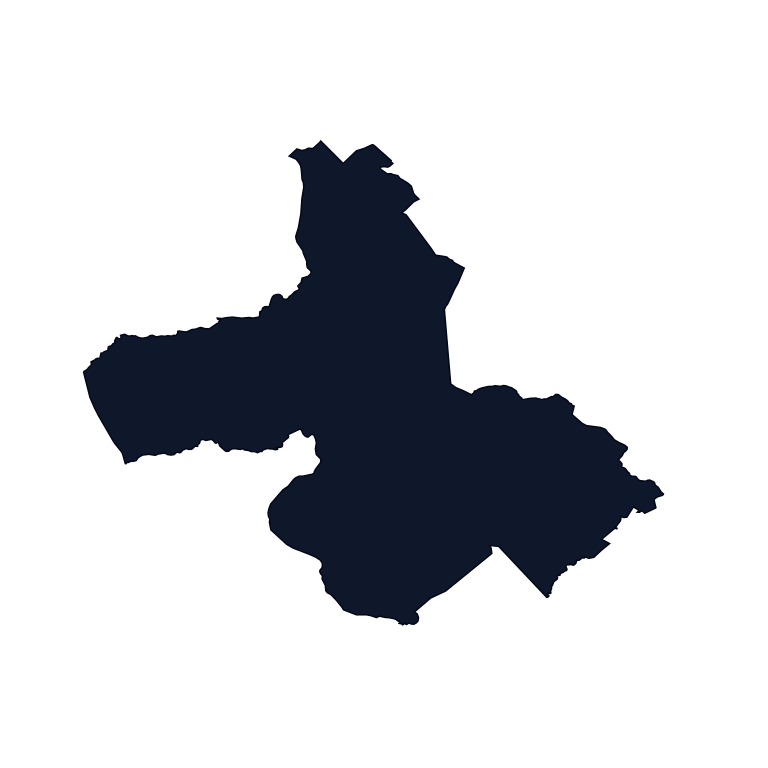 the district of Saldaña, Tolima, Colombia, rotated 282°
{"feature_id": "7082276B58225097542438", "entity_name": "Saldaña", "entity_type": "district", "adm_level": 2, "iso_a3": "COL", "parent_name": "Colombia", "parent_adm1": "Tolima", "projection": "equal_earth", "projection_center": [-75.023, 3.912], "detail": "fine", "context": "isolated", "style": "filled", "palette": "ink", "viewbox_px": 768, "rotation_deg": 282, "n_neighbors": 0, "source": "geoboundaries", "source_scale": "gbopen_adm2", "svg_char_len": 6160}
<svg xmlns="http://www.w3.org/2000/svg" viewBox="0 0 768 768"><g transform="rotate(282 384 384)"><path d="M587.2,243.9L585.6,251.4L583.0,254.5L580.1,257.1L576.3,258.6L566.9,261.4L564.1,263.3L559.9,264.6L548.1,265.2L533.2,267.3L519.0,267.8L510.4,267.0L508.6,267.4L504.8,269.4L497.5,276.9L495.0,278.0L488.2,282.8L484.8,283.6L481.9,284.8L479.7,288.4L478.6,289.4L476.9,289.5L473.5,287.4L470.6,281.9L466.0,281.8L462.2,279.4L461.5,279.6L459.8,281.2L458.3,281.0L455.7,277.5L451.7,275.0L449.9,273.2L447.8,272.5L446.4,270.6L446.2,268.1L446.7,267.2L448.6,265.9L449.7,263.8L449.6,261.6L448.9,259.7L447.7,257.8L446.0,256.8L443.5,256.2L435.8,255.6L434.8,251.3L433.1,249.5L430.2,249.3L429.0,247.7L428.5,247.6L424.0,248.2L423.2,247.1L421.2,242.0L421.0,238.2L418.8,231.1L417.9,221.8L416.1,216.0L414.3,211.8L413.8,207.2L413.0,207.6L412.4,209.8L411.1,210.3L410.4,209.5L409.5,209.5L407.9,207.6L401.6,201.6L400.9,197.2L401.2,194.6L401.1,192.5L398.5,188.4L397.3,184.7L394.3,180.7L393.6,179.1L393.2,172.3L392.6,171.3L390.8,171.7L388.1,170.4L387.9,168.0L386.8,166.8L386.2,162.2L385.1,159.8L384.7,156.3L382.8,151.6L383.5,147.3L382.6,145.0L381.2,143.8L380.4,142.7L378.6,138.4L378.4,135.8L378.6,133.6L379.5,130.6L378.8,129.6L379.1,128.1L377.9,124.8L377.8,123.7L378.7,120.0L376.8,116.2L375.0,117.2L373.7,116.9L373.0,115.0L373.9,113.4L373.8,112.5L370.4,111.6L368.4,112.2L366.8,110.3L364.6,109.4L363.7,107.4L363.0,106.7L359.3,106.8L357.4,103.6L355.8,102.4L355.4,100.8L350.1,100.7L349.8,100.4L349.7,98.7L348.7,97.0L347.2,95.9L344.7,92.8L342.1,93.9L338.3,91.4L337.3,91.1L334.9,89.2L334.1,88.0L332.9,87.8L309.9,99.1L300.5,105.8L294.0,111.0L270.6,132.2L263.2,141.2L261.4,142.8L252.5,147.4L252.3,148.1L253.4,148.7L254.1,149.6L254.3,150.8L255.4,151.6L256.5,155.4L257.7,157.6L260.4,158.6L262.7,160.7L264.4,162.9L266.3,168.5L266.7,175.1L268.5,177.6L270.6,183.1L270.7,184.9L270.0,186.8L270.2,190.4L271.3,193.3L274.3,195.5L274.3,198.5L274.7,199.4L277.5,200.9L279.5,203.7L279.8,205.0L279.4,205.9L279.9,208.7L280.7,210.0L283.6,211.9L284.1,212.7L284.1,214.0L284.4,214.7L285.9,214.3L287.5,215.8L290.7,216.0L292.2,218.0L291.8,221.6L293.9,226.4L293.5,228.3L291.2,231.2L291.3,232.4L292.1,232.9L292.4,233.7L292.2,234.4L289.3,236.2L285.7,242.3L285.3,243.7L285.9,245.9L288.5,248.2L289.3,249.9L289.8,252.0L290.1,257.0L291.2,258.9L290.5,261.5L290.8,265.4L290.3,268.2L291.0,271.6L290.5,274.6L292.3,276.9L292.6,278.6L293.9,279.1L294.9,280.3L296.7,283.4L296.9,286.7L297.3,288.2L297.1,291.5L298.0,293.4L298.5,293.5L299.3,292.1L299.8,292.3L300.4,295.4L301.3,297.1L301.9,297.4L303.6,297.4L305.5,296.6L311.6,301.5L312.7,301.7L314.5,300.6L322.0,310.5L322.4,311.3L321.7,312.9L318.4,315.2L316.9,317.2L316.3,318.8L316.2,320.4L316.5,321.0L319.1,323.0L319.7,324.0L319.7,325.9L315.7,328.6L312.3,330.1L306.2,330.4L301.0,332.4L297.5,337.6L295.9,338.2L293.8,338.2L287.0,335.0L284.2,334.1L282.0,334.0L280.8,332.5L277.1,324.1L276.1,320.0L273.8,317.0L271.7,315.4L264.0,311.5L259.4,307.1L243.1,298.1L237.6,297.3L233.8,297.4L230.5,298.5L228.1,300.4L224.9,300.7L217.8,303.7L206.9,322.2L204.6,329.4L201.8,346.9L200.4,353.3L198.5,358.3L196.0,360.8L193.6,361.5L191.1,361.5L189.0,360.3L187.5,360.0L185.4,361.3L183.6,363.6L180.4,364.0L174.8,368.5L169.8,370.0L168.1,371.9L167.0,375.8L162.9,381.9L157.1,389.1L154.7,391.4L152.5,405.1L154.6,414.6L154.7,419.0L154.0,425.2L156.0,428.0L155.9,433.5L156.5,437.8L156.5,442.6L156.2,444.7L155.3,446.3L154.8,448.5L154.2,449.1L153.0,448.5L153.1,451.0L152.3,452.1L152.7,452.9L154.3,453.9L154.3,454.5L153.7,454.9L153.5,456.1L155.6,458.4L154.9,460.2L155.2,463.1L157.1,465.3L159.1,466.5L162.7,466.3L166.1,464.2L167.3,461.1L184.4,474.2L194.3,487.3L240.7,524.7L245.4,523.0L248.1,521.3L249.0,530.0L209.1,587.6L210.0,589.0L211.0,589.4L212.2,587.8L213.0,587.7L213.4,588.4L213.6,590.1L214.3,590.7L216.1,590.0L219.2,590.4L220.9,589.8L221.6,590.5L226.0,591.2L229.0,593.9L230.7,594.0L231.3,592.9L231.9,592.7L233.8,596.0L235.2,595.8L237.1,598.4L238.6,599.6L239.5,601.3L240.9,601.5L243.2,599.9L244.6,599.9L245.1,600.3L245.7,603.0L246.4,604.3L246.1,606.4L246.5,607.5L248.4,608.9L251.6,609.2L252.3,611.6L255.4,614.2L255.3,615.9L256.5,616.6L256.2,620.9L258.2,625.4L266.6,631.2L274.8,637.8L277.3,629.1L291.0,639.8L290.7,641.7L291.3,642.0L291.8,640.2L299.4,643.7L303.8,643.5L303.2,646.1L304.2,649.2L315.6,653.5L313.8,658.9L312.4,659.3L311.3,658.5L311.6,660.5L313.7,662.9L311.8,665.9L319.1,675.4L319.5,675.7L326.4,672.4L327.8,672.5L330.5,675.0L332.9,679.3L333.8,680.1L334.6,680.2L335.8,677.8L340.1,673.5L341.6,670.0L342.8,669.8L344.3,668.3L345.3,663.9L344.7,662.0L343.3,660.1L342.7,654.8L343.0,653.4L344.5,651.1L345.5,650.3L345.9,649.1L345.4,646.4L345.6,643.9L347.9,642.3L348.7,640.6L351.1,638.1L351.8,636.6L352.0,634.3L353.0,633.6L355.3,633.5L357.2,631.3L358.0,629.1L360.3,630.0L363.2,631.8L366.9,632.8L368.3,634.1L370.5,635.3L372.4,635.2L373.0,634.6L374.3,631.9L375.7,625.7L377.3,620.9L380.2,617.4L383.2,612.8L385.3,610.5L385.9,609.1L386.5,604.6L385.4,590.8L386.7,586.0L393.2,574.3L402.0,574.6L402.3,572.3L403.6,571.5L404.0,568.9L405.5,567.4L406.7,565.2L408.1,560.4L409.9,556.7L409.5,554.1L406.9,552.2L406.3,550.1L403.3,546.3L402.9,545.3L402.7,543.6L401.6,542.3L401.8,535.3L400.4,530.0L397.9,523.9L397.7,522.7L398.1,522.0L398.8,521.7L400.2,518.7L401.7,517.7L402.5,516.0L404.1,515.4L404.9,514.6L406.9,509.5L407.0,506.9L407.5,504.4L407.4,501.2L405.9,498.3L405.4,492.8L404.2,490.7L403.3,486.6L400.3,480.2L398.6,477.5L396.6,475.7L396.0,474.0L393.6,473.5L392.8,472.5L391.6,472.1L394.0,462.6L395.4,455.0L398.0,449.2L469.3,427.6L472.7,428.2L475.2,429.5L478.6,430.4L491.3,433.2L498.1,435.3L514.1,438.4L517.1,427.9L518.0,426.2L519.1,425.3L519.7,421.7L521.2,419.3L521.2,415.5L520.7,407.7L526.5,401.8L554.1,370.4L555.1,365.7L558.6,368.7L568.2,375.0L572.2,379.8L575.0,375.1L576.8,373.2L583.1,369.7L585.4,365.6L587.8,359.0L588.1,357.3L590.7,354.2L590.7,349.7L591.2,347.0L590.2,343.5L593.5,335.8L594.9,335.5L595.9,336.4L596.7,339.5L596.9,342.6L598.4,344.5L601.6,346.8L603.0,344.3L604.0,344.6L615.1,325.1L615.7,323.6L615.6,322.7L610.3,315.6L606.4,308.6L591.2,298.2L608.5,271.6L607.0,270.9L599.8,265.7L599.3,264.4L599.0,261.1L596.5,257.9L595.3,254.9L595.8,249.9L587.2,243.9Z" fill="#0f172a" stroke="#020617" stroke-width="1.5"/></g></svg>